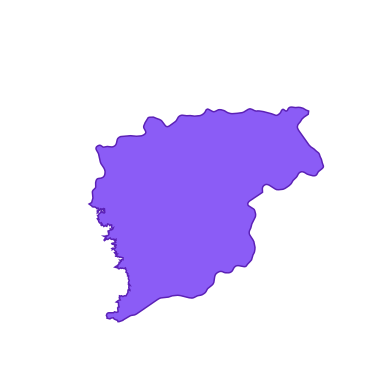 the district of Pedro Santana, La Estrelleta, Dominican Republic, rotated 325°
{"feature_id": "3306468B44690790041357", "entity_name": "Pedro Santana", "entity_type": "district", "adm_level": 2, "iso_a3": "DOM", "parent_name": "Dominican Republic", "parent_adm1": "La Estrelleta", "projection": "natural_earth1", "projection_center": [-71.535, 19.169], "detail": "fine", "context": "isolated", "style": "filled", "palette": "violet", "viewbox_px": 384, "rotation_deg": 325, "n_neighbors": 0, "source": "geoboundaries", "source_scale": "gbopen_adm2", "svg_char_len": 6016}
<svg xmlns="http://www.w3.org/2000/svg" viewBox="0 0 384 384"><g transform="rotate(325 192 192)"><path d="M100.8,142.8L101.9,146.0L101.9,146.9L102.5,147.6L103.9,148.6L104.5,149.9L104.5,150.9L105.3,150.9L105.9,151.5L104.5,153.2L103.4,153.2L103.4,153.9L102.5,154.8L103.4,154.8L104.5,153.9L105.9,153.9L106.7,153.2L107.3,153.2L107.3,154.8L107.9,154.8L107.9,153.8L109.3,154.8L110.1,154.8L110.7,155.5L110.1,156.5L110.1,155.5L109.3,155.5L108.7,156.5L109.3,157.8L108.7,158.8L107.9,158.8L107.3,157.8L107.3,157.1L106.7,157.1L106.7,155.5L105.3,156.5L103.4,156.5L102.5,157.2L101.1,157.2L101.1,158.8L100.5,159.5L99.1,159.5L99.1,160.5L100.0,160.5L100.0,161.1L99.1,161.1L99.1,161.8L98.6,162.8L98.6,164.4L99.2,165.1L100.0,165.1L100.0,166.7L98.6,166.7L98.6,167.4L99.2,167.4L100.0,168.4L100.0,169.7L102.0,169.7L102.0,170.7L102.5,171.3L104.5,169.7L105.3,170.7L105.3,172.3L106.8,172.3L107.3,173.0L105.9,174.6L105.9,176.3L106.8,176.3L105.9,176.9L104.5,176.9L104.5,176.3L103.9,175.3L103.4,176.3L101.1,176.3L101.1,175.3L100.6,176.3L100.6,177.6L100.0,177.6L100.0,178.6L99.2,179.3L96.6,179.3L96.6,178.6L95.8,178.6L94.4,177.6L95.2,179.3L95.2,180.3L93.8,180.3L93.3,180.9L92.4,180.9L92.4,181.6L95.2,181.6L95.8,182.6L98.6,182.6L98.6,184.2L99.2,184.9L100.6,185.5L102.0,187.2L102.6,187.2L102.0,188.1L100.6,187.2L100.6,189.5L100.0,189.5L97.2,188.2L96.7,188.2L96.7,189.0L99.5,191.8L99.1,192.3L98.1,191.7L97.5,191.9L97.8,193.6L96.9,194.0L94.6,192.4L94.1,192.4L94.4,192.8L93.8,193.4L95.3,193.4L95.3,196.7L95.8,197.4L95.3,198.4L93.8,197.4L93.8,199.0L94.4,199.0L95.3,200.0L94.4,200.0L93.3,200.7L92.6,200.7L92.6,200.8L93.3,201.4L93.9,201.4L93.9,202.3L94.4,202.3L95.3,204.0L95.8,204.0L97.8,206.3L96.7,207.9L95.3,206.9L94.4,207.9L93.9,207.0L93.9,207.9L93.3,207.9L92.5,208.6L91.9,207.9L90.5,209.3L89.1,209.3L88.5,210.3L87.7,209.3L85.7,209.3L87.1,210.9L87.7,210.9L87.7,212.6L88.5,213.2L89.9,213.2L90.5,214.2L91.1,214.2L92.5,215.9L93.9,215.9L93.9,216.5L93.3,217.2L93.3,218.8L91.9,219.8L92.5,221.1L92.5,222.1L91.9,222.1L91.9,222.8L91.1,223.8L91.9,224.4L90.0,226.7L89.9,228.4L87.7,230.0L87.7,233.0L87.1,232.3L87.1,230.7L87.0,230.9L86.7,232.5L85.1,234.4L85.1,236.2L84.7,237.0L83.7,235.5L82.7,236.3L82.0,237.5L78.4,239.2L77.0,238.2L75.4,238.0L74.8,236.6L74.0,236.4L73.1,235.4L72.7,235.9L72.5,236.7L71.7,236.9L71.3,239.3L69.7,238.6L66.9,238.7L68.3,240.3L66.9,242.6L66.3,244.3L64.7,243.8L64.8,243.9L62.8,247.7L61.1,247.3L59.8,245.7L58.5,245.9L54.1,242.9L52.7,242.9L51.1,243.9L50.6,245.9L50.0,246.6L52.0,248.9L53.4,248.9L55.4,249.9L55.4,251.5L57.3,254.5L57.0,255.8L57.9,256.4L61.8,257.5L62.1,257.3L70.6,258.0L71.5,258.3L74.6,259.8L76.7,260.1L101.3,260.3L103.5,260.4L105.2,260.7L106.1,261.1L112.5,264.6L116.3,265.7L121.1,268.4L123.2,270.3L129.0,277.0L131.2,278.9L132.6,279.5L137.1,280.2L140.1,281.6L141.6,282.0L143.7,282.1L145.2,282.0L146.6,281.5L148.7,280.4L149.7,280.1L154.7,279.8L156.3,279.5L157.3,279.0L158.2,278.4L161.8,274.6L163.1,273.5L164.6,272.8L166.6,272.6L168.7,272.9L170.0,273.5L171.1,274.5L172.3,276.5L172.9,277.2L175.5,279.1L176.8,279.7L178.3,279.9L179.8,279.7L182.8,278.2L183.7,277.9L185.2,277.8L186.2,278.0L187.2,278.5L188.1,279.2L192.0,283.2L193.3,283.8L194.1,283.7L196.1,283.0L200.1,282.2L201.9,281.7L205.9,278.5L208.1,277.4L208.9,276.8L210.5,275.2L211.9,273.4L214.2,268.1L214.5,265.8L214.6,261.8L214.7,260.1L215.0,259.0L215.8,257.7L216.9,256.7L219.5,255.2L222.8,252.4L229.3,248.9L230.1,248.3L231.1,247.1L231.6,246.2L232.6,243.5L232.9,242.1L232.7,241.2L230.4,235.6L230.4,234.6L231.1,233.4L232.4,232.7L233.9,232.4L249.6,232.7L251.3,230.0L251.9,229.2L253.1,228.3L254.1,228.0L255.1,227.9L256.1,228.0L257.1,228.3L258.2,229.3L258.8,230.1L259.3,231.0L261.9,237.3L262.7,238.6L264.2,239.8L267.6,241.7L268.6,242.1L270.2,242.4L272.4,242.5L275.2,242.5L277.3,242.2L278.4,241.9L281.4,240.5L285.9,239.8L287.3,239.3L289.4,238.2L290.3,237.9L291.8,237.8L293.3,238.2L294.4,239.1L295.3,240.4L296.6,243.4L298.0,245.3L300.3,248.0L301.2,248.7L302.1,249.2L303.1,249.4L304.1,249.3L306.5,248.1L307.5,247.8L311.8,247.5L313.3,247.2L314.1,246.7L314.6,245.9L315.4,243.0L316.7,239.6L317.3,236.3L318.0,234.1L318.1,233.2L318.0,232.3L317.3,230.0L316.6,226.7L315.3,223.4L314.8,220.8L314.7,203.8L314.8,201.8L315.2,199.9L315.8,198.9L317.2,197.7L318.2,197.3L320.9,196.6L324.0,195.3L327.0,194.9L331.8,195.0L334.0,192.6L332.5,190.4L331.0,187.1L329.3,185.0L327.8,183.7L325.2,182.2L322.6,179.8L321.4,179.0L320.5,178.7L319.6,178.7L318.7,178.9L316.9,179.9L315.7,179.8L315.1,179.2L314.4,177.0L314.2,176.7L313.5,176.3L312.2,176.5L310.3,177.6L308.9,178.0L306.9,178.1L305.9,178.0L304.7,177.4L302.1,173.6L296.5,167.0L293.8,164.4L292.3,163.2L291.5,162.9L290.5,162.0L289.7,160.9L288.8,159.1L287.6,157.5L286.8,156.9L285.3,156.5L280.3,156.2L278.7,155.8L274.4,153.6L269.7,150.8L268.5,149.7L267.0,147.9L266.2,146.5L265.4,144.5L264.8,143.5L263.0,141.3L261.7,140.3L260.8,139.8L256.9,139.2L255.7,138.6L255.1,137.9L253.0,133.8L252.4,133.1L252.1,132.9L250.8,132.8L248.5,134.0L246.6,134.5L244.5,134.5L242.5,134.1L237.7,131.4L234.4,128.4L231.4,126.5L228.1,123.5L227.2,123.0L226.2,122.7L225.2,122.6L223.7,122.8L220.8,124.2L219.8,124.6L218.2,124.8L211.6,124.9L210.1,124.7L209.2,124.3L208.5,123.5L208.2,122.5L208.0,116.6L207.7,115.4L207.0,114.0L204.9,111.0L203.4,108.6L200.4,106.6L199.6,106.2L198.7,106.0L193.4,108.3L190.3,110.3L189.7,111.0L189.3,111.9L188.9,115.3L188.4,116.6L188.0,117.0L187.2,117.4L186.2,117.5L184.8,117.5L182.8,117.0L178.5,114.5L173.9,110.6L165.4,105.7L163.9,105.4L161.9,105.6L160.6,106.4L158.2,108.6L156.9,109.5L155.4,109.9L153.9,109.8L152.9,109.5L152.0,109.0L148.7,106.1L145.3,104.6L144.8,103.9L143.9,101.5L143.3,100.8L142.4,100.4L141.5,100.2L140.1,100.2L139.3,100.4L138.5,101.0L138.0,101.9L137.8,102.9L137.5,106.1L137.3,107.2L134.1,114.9L133.7,116.6L133.6,121.6L133.3,123.4L132.7,125.1L131.7,126.5L130.5,127.7L129.7,128.3L128.7,128.7L127.7,128.9L125.7,128.6L123.2,127.3L122.4,127.0L121.4,127.0L120.4,127.4L119.6,128.0L118.4,129.1L115.9,132.8L115.1,133.3L112.0,133.8L110.8,134.4L110.2,135.1L107.4,140.1L103.7,143.1L100.8,142.8Z" fill="#8b5cf6" stroke="#5b21b6" stroke-width="1.5"/></g></svg>